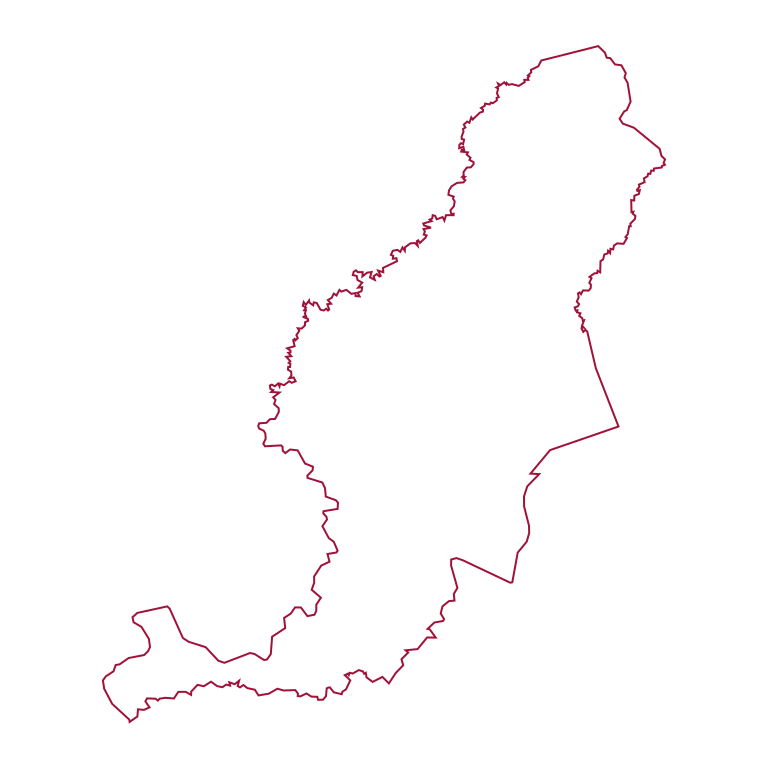 Vinh Cuu, Đồng Nai, Vietnam
{"feature_id": "81297802B24916871487669", "entity_name": "Vinh Cuu", "entity_type": "district", "adm_level": 2, "iso_a3": "VNM", "parent_name": "Vietnam", "parent_adm1": "Đồng Nai", "projection": "mercator", "projection_center": [107.042, 11.243], "detail": "fine", "context": "isolated", "style": "outline", "palette": "rose", "viewbox_px": 768, "rotation_deg": 0, "n_neighbors": 0, "source": "geoboundaries", "source_scale": "gbopen_adm2", "svg_char_len": 6094}
<svg xmlns="http://www.w3.org/2000/svg" viewBox="0 0 768 768"><path d="M167.3,606.4L137.4,612.9L132.5,617.2L133.6,622.3L141.5,626.9L148.9,638.9L150.0,647.0L148.1,651.2L144.2,655.0L128.7,658.0L119.5,664.4L115.7,665.0L113.5,671.3L105.8,676.4L102.9,680.4L104.2,688.8L112.2,703.9L129.3,719.6L129.6,721.9L137.4,716.5L138.0,709.3L143.9,709.9L149.5,707.4L145.4,701.4L147.0,698.4L155.6,698.7L157.9,700.6L159.6,698.7L165.3,697.8L173.9,698.5L178.3,691.9L185.9,691.9L191.1,694.9L191.2,691.6L197.5,684.9L203.9,686.2L211.0,681.7L217.1,686.1L222.4,687.2L226.2,684.6L230.1,685.6L229.3,682.3L234.7,684.2L239.1,680.7L237.7,686.0L240.0,687.4L243.4,685.0L247.3,688.1L254.8,689.7L258.5,695.4L268.8,693.7L277.4,688.7L283.7,690.5L295.3,690.1L298.0,693.7L297.7,696.0L300.2,696.4L306.5,693.5L311.4,696.6L317.3,696.8L318.1,699.8L323.0,699.7L326.0,696.2L326.7,688.4L328.2,687.6L329.9,687.4L333.8,692.3L341.7,694.2L342.4,691.7L346.0,689.4L350.3,680.4L344.8,675.1L348.0,673.7L348.8,675.1L349.6,672.8L352.8,673.5L358.7,670.1L362.9,671.4L364.2,673.8L365.8,672.8L366.5,677.3L372.6,681.9L382.4,676.9L388.9,683.4L395.8,672.9L403.2,665.3L401.5,659.2L408.2,652.5L405.6,650.3L417.6,649.1L427.1,637.5L435.7,637.6L429.8,629.4L427.6,628.9L434.4,622.5L443.0,621.0L444.1,619.1L440.7,613.5L442.5,606.3L449.0,601.1L454.5,600.6L453.8,594.0L457.4,587.9L451.1,565.5L451.2,559.5L456.5,558.1L462.7,560.2L510.2,582.7L512.3,582.3L517.7,552.6L526.7,541.7L529.2,533.1L529.0,525.7L524.1,506.4L524.0,496.4L527.3,486.3L539.2,474.1L530.5,473.6L550.1,450.1L618.5,426.5L595.8,368.1L587.2,331.4L585.1,330.0L583.3,331.9L581.5,328.4L581.8,327.2L583.9,327.7L582.0,325.6L584.1,320.3L582.8,320.7L582.3,318.2L579.2,315.9L580.4,313.3L577.0,312.3L577.4,310.3L575.7,310.6L574.7,307.4L577.8,306.4L579.1,304.1L576.8,301.6L578.7,297.3L578.0,293.4L579.7,292.4L581.0,294.2L583.0,290.4L588.7,290.6L590.7,288.1L590.9,284.6L589.3,282.9L591.5,278.1L589.5,276.9L594.3,273.4L597.2,273.1L597.6,270.8L600.2,272.3L600.5,261.1L603.1,259.5L604.3,254.5L607.6,253.5L608.1,250.8L610.1,253.1L610.5,248.8L613.2,249.4L613.9,245.6L617.1,243.4L623.6,243.8L627.0,238.0L625.5,237.0L627.7,234.3L629.2,226.2L630.7,226.2L630.3,223.7L634.9,219.0L635.4,215.9L632.7,213.6L633.4,211.7L631.5,212.1L631.2,200.1L634.2,200.5L634.4,195.7L638.9,194.0L639.8,190.2L637.4,190.9L637.0,189.7L639.5,186.8L638.9,184.6L644.6,182.2L643.9,178.4L647.5,176.3L648.2,173.6L650.3,173.9L651.2,170.5L653.7,170.8L654.1,168.5L661.7,167.5L662.0,165.9L664.9,164.8L663.6,162.9L665.1,159.4L661.5,156.0L659.6,148.8L633.9,127.7L622.8,123.6L619.6,118.7L624.2,111.4L626.8,110.1L630.6,101.6L627.6,82.8L624.5,77.5L625.8,73.2L621.4,65.3L615.0,64.4L610.2,58.1L606.7,57.7L604.9,52.6L598.2,46.1L541.3,60.5L538.3,66.3L530.9,69.9L531.3,72.3L527.9,75.5L529.3,76.2L527.7,77.8L528.5,79.9L524.3,79.9L524.7,82.1L518.8,85.9L512.0,84.1L508.6,84.8L506.6,82.9L506.1,84.5L504.2,82.3L500.6,85.0L498.1,83.6L499.1,85.9L496.3,87.5L498.1,88.5L497.0,93.3L498.7,97.1L496.6,97.9L496.9,100.3L492.9,103.2L490.8,102.6L489.7,104.4L485.1,103.6L484.7,105.9L481.0,108.0L483.1,109.7L482.9,111.6L479.9,112.6L472.7,119.5L471.3,117.4L469.4,122.8L467.1,121.6L463.8,124.6L465.4,127.5L463.0,129.0L463.5,131.7L461.6,136.6L461.7,139.0L464.1,139.6L463.1,144.1L461.0,143.2L459.4,144.7L459.2,148.2L463.4,146.8L464.1,150.0L461.7,149.8L461.2,151.6L467.9,152.4L466.7,154.5L470.5,157.8L469.5,159.9L473.6,162.2L473.6,164.1L470.9,167.3L466.8,167.6L463.5,172.1L463.7,175.5L462.3,176.8L464.9,177.0L463.3,178.7L465.3,180.1L463.5,182.4L457.0,182.9L451.6,186.3L449.0,190.4L448.4,194.8L453.7,196.6L452.9,198.5L454.7,201.4L453.9,206.2L450.4,210.4L451.4,214.1L453.6,213.7L453.6,215.2L446.0,215.2L444.4,220.6L442.6,217.1L436.7,219.3L435.1,215.8L432.7,215.2L432.2,218.5L429.7,219.6L431.6,221.1L423.3,223.5L424.0,225.4L431.0,227.7L423.5,229.1L424.9,231.5L423.8,234.6L426.6,235.4L425.7,237.4L420.0,242.9L418.2,240.3L416.9,241.1L417.7,245.9L415.1,243.1L410.5,243.3L405.0,247.3L404.8,250.8L402.5,247.4L400.3,251.9L397.4,249.9L392.8,250.8L390.9,254.9L393.2,255.8L392.8,258.7L396.4,258.2L397.0,261.2L383.0,267.9L383.3,272.2L378.1,270.6L380.7,275.9L379.3,276.5L376.8,274.0L373.6,276.3L374.8,279.9L370.0,277.4L371.6,272.0L367.1,272.7L362.4,276.4L362.7,272.1L357.7,272.1L355.9,270.3L353.7,271.7L352.8,275.1L356.7,275.9L357.5,280.0L362.2,282.6L358.2,287.6L362.2,287.2L361.5,291.2L357.6,292.8L359.6,296.4L355.6,296.1L355.5,293.1L351.4,293.8L346.4,289.9L341.3,291.6L339.4,289.9L336.5,295.5L333.8,293.6L331.7,297.8L327.8,300.1L331.1,303.7L327.3,304.2L329.2,309.5L328.0,310.5L326.2,308.7L323.8,310.5L320.5,309.7L316.7,302.9L313.8,302.4L313.2,305.3L309.5,302.7L309.1,300.4L305.8,304.9L303.7,302.1L302.8,305.8L306.0,307.6L304.2,310.2L305.9,310.2L304.9,313.7L306.1,316.4L302.7,316.7L307.9,318.9L308.2,320.7L305.0,322.3L305.0,325.4L301.6,328.6L297.8,328.3L299.3,330.8L296.4,335.1L297.8,338.1L295.4,340.3L294.7,338.9L293.2,340.0L294.6,346.2L287.2,348.3L290.5,350.6L290.5,352.4L288.3,352.8L291.3,356.2L286.2,356.8L290.3,361.2L288.7,362.9L290.4,363.8L290.0,367.0L288.2,366.9L287.9,369.6L291.2,371.7L291.4,375.6L289.3,378.2L293.7,377.5L295.6,381.3L291.7,382.8L289.2,381.2L284.0,385.2L280.0,383.7L279.5,386.4L278.1,383.5L274.8,386.3L271.8,384.6L269.9,385.5L270.3,388.8L273.2,390.1L271.2,392.0L279.5,392.5L273.2,397.3L275.5,399.9L274.1,404.1L278.7,408.2L278.8,412.0L275.1,418.9L270.0,419.2L266.5,422.8L259.2,423.3L258.2,425.9L259.1,428.5L263.7,430.7L265.3,433.4L265.7,438.7L263.3,443.7L265.0,446.3L281.0,445.4L282.5,446.7L282.8,450.9L285.4,453.1L290.1,449.5L297.7,450.4L305.0,463.5L312.9,466.7L312.6,470.3L307.4,475.6L307.5,477.9L322.3,482.5L325.0,488.1L325.8,496.6L335.8,500.2L338.0,502.7L337.6,508.9L323.5,511.2L323.3,513.5L326.4,516.7L327.0,519.5L322.4,526.2L328.8,538.1L333.8,541.8L337.6,550.7L336.4,552.5L327.5,554.0L329.5,561.7L321.2,565.6L314.1,576.5L314.2,582.7L311.7,589.8L320.9,597.7L316.3,604.7L316.3,610.8L314.5,614.7L307.4,616.1L300.9,607.5L295.0,607.4L290.8,613.6L284.1,617.9L285.2,628.1L272.1,636.7L270.8,654.1L267.0,659.5L264.0,660.0L254.6,654.0L250.1,653.0L224.4,662.8L218.3,660.7L205.7,647.2L188.7,641.8L182.9,638.0L169.7,608.7L167.3,606.4Z" fill="none" stroke="#9f1239" stroke-width="2"/></svg>